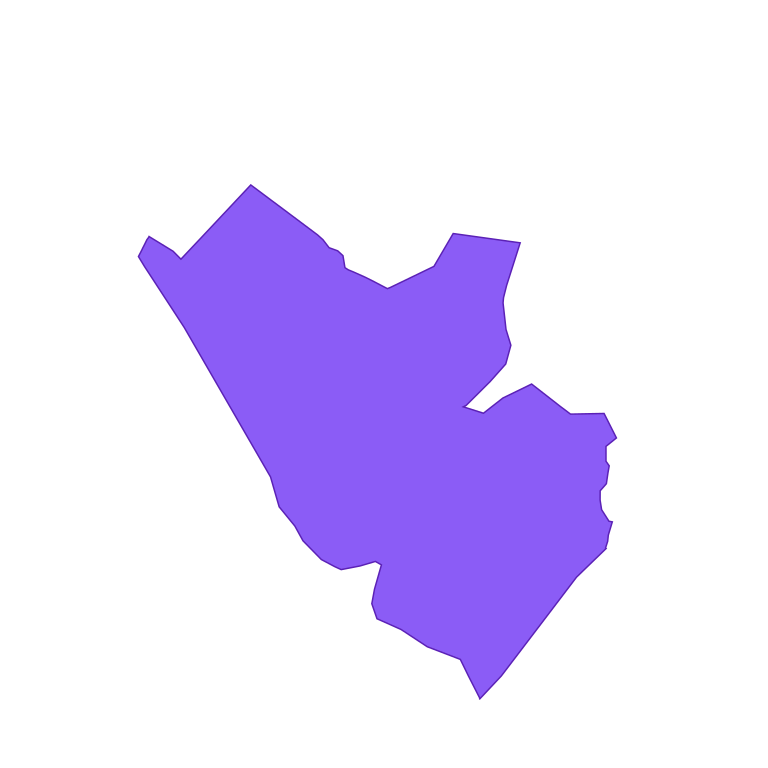 Melit, North Darfur, Sudan (Equal Earth projection), rotated 217°
{"feature_id": "16777658B8925741103615", "entity_name": "Melit", "entity_type": "district", "adm_level": 2, "iso_a3": "SDN", "parent_name": "Sudan", "parent_adm1": "North Darfur", "projection": "equal_earth", "projection_center": [26.262, 14.2], "detail": "fine", "context": "isolated", "style": "filled", "palette": "violet", "viewbox_px": 768, "rotation_deg": 217, "n_neighbors": 0, "source": "geoboundaries", "source_scale": "gbopen_adm2", "svg_char_len": 1323}
<svg xmlns="http://www.w3.org/2000/svg" viewBox="0 0 768 768"><g transform="rotate(217 384 384)"><path d="M360.2,578.7L419.3,545.8L414.9,508.0L437.0,465.0L438.7,462.2L453.2,459.8L463.1,458.0L475.8,455.1L481.2,453.7L485.2,453.4L494.0,461.8L501.1,462.5L509.9,459.8L519.6,462.5L526.9,463.1L562.3,463.0L585.3,462.9L610.2,462.8L618.2,389.3L619.4,378.6L621.3,361.5L632.3,363.1L660.2,360.4L660.4,360.4L660.2,359.5L660.2,359.4L660.2,358.6L660.2,356.5L659.7,354.0L659.7,353.8L659.5,353.0L659.0,350.2L658.9,349.7L658.5,347.3L658.0,345.0L658.0,344.8L657.5,342.1L657.3,340.7L656.8,338.0L645.7,333.6L625.2,326.2L577.5,308.9L418.7,241.5L393.8,222.8L369.7,216.9L354.3,210.0L328.4,206.1L313.4,208.5L306.5,210.0L293.6,224.3L284.1,237.1L277.2,238.0L268.1,214.4L261.5,201.2L248.3,192.3L222.7,198.2L191.3,200.2L157.3,210.0L140.8,201.6L118.0,190.5L118.1,189.4L114.6,221.4L114.5,239.9L114.3,280.8L114.0,345.6L107.6,386.3L108.4,386.4L110.7,393.0L113.9,398.3L118.7,411.3L121.8,409.8L134.6,414.6L141.6,421.4L147.1,428.8L146.4,438.2L151.6,447.7L154.9,454.2L160.2,455.9L169.2,467.8L165.9,480.8L190.5,492.9L216.9,472.2L229.8,472.2L266.1,472.8L280.6,444.4L287.0,420.5L306.9,413.5L305.5,416.4L300.7,449.9L298.8,473.2L306.0,491.3L319.4,501.0L337.7,520.4L340.5,524.9L345.4,536.5L360.2,578.7Z" fill="#8b5cf6" stroke="#5b21b6" stroke-width="1.5"/></g></svg>